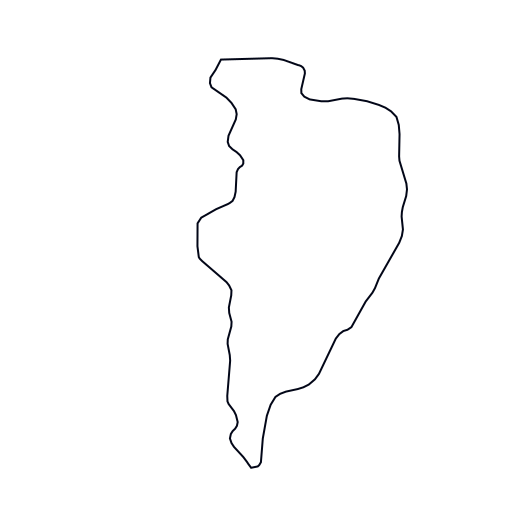 Guairá, Albers equal-area conic projection, rotated 117°
{"feature_id": "PRY-608", "entity_name": "Guairá", "entity_type": "Department", "adm_level": 1, "iso_a3": "PRY", "parent_name": "Paraguay", "parent_adm1": "", "projection": "albers", "projection_center": [-56.21, -25.878], "detail": "fine", "context": "isolated", "style": "outline", "palette": "ink", "viewbox_px": 512, "rotation_deg": 117, "n_neighbors": 0, "source": "natural_earth", "source_scale": "10m", "svg_char_len": 1628}
<svg xmlns="http://www.w3.org/2000/svg" viewBox="0 0 512 512"><g transform="rotate(117 256 256)"><path d="M179.2,134.4L220.3,136.3L230.6,135.4L235.9,135.6L246.7,137.6L276.1,138.7L280.2,141.0L283.2,144.1L287.7,146.3L293.3,147.4L332.4,146.4L339.1,147.5L346.6,150.6L351.5,154.2L355.6,158.4L363.2,167.7L367.8,171.9L372.7,174.7L381.9,175.4L393.4,173.8L415.5,167.1L437.5,158.0L440.8,158.2L442.7,158.9L446.9,164.2L444.7,168.6L443.7,170.3L440.9,176.0L436.1,188.9L433.8,192.9L430.4,196.4L426.0,197.6L422.6,197.3L419.4,196.2L416.0,195.9L412.3,196.9L406.9,201.6L404.2,205.2L400.3,213.2L398.5,215.4L393.7,218.1L361.0,231.5L356.2,234.4L347.2,241.4L343.1,243.3L330.0,246.0L325.7,247.9L318.9,254.0L314.2,256.8L302.3,260.2L297.7,262.3L294.5,266.5L292.7,270.3L285.0,301.6L283.9,304.9L283.5,305.6L282.9,306.5L273.9,312.6L253.4,322.9L246.7,322.2L232.3,312.7L222.3,304.5L220.6,303.4L217.6,301.9L213.3,301.9L208.0,303.3L190.1,311.3L186.7,311.5L184.2,310.8L181.8,309.4L179.4,309.3L176.4,310.8L173.5,315.9L172.2,320.5L171.6,325.4L170.2,329.9L167.2,333.0L161.3,335.1L143.5,336.0L138.4,337.6L134.5,340.7L130.7,347.4L128.3,354.3L125.9,372.2L122.9,375.5L117.7,377.6L108.6,376.5L96.9,376.4L72.5,331.6L70.4,326.3L68.8,320.5L66.8,305.1L66.5,304.2L66.3,302.0L66.8,299.5L68.8,296.7L71.2,295.3L86.8,291.4L90.3,289.5L92.1,285.3L92.1,279.3L88.5,268.1L85.4,262.0L76.7,250.8L74.0,246.2L71.5,240.0L67.7,227.4L65.6,215.1L65.1,208.0L65.8,201.3L68.3,194.0L74.4,188.3L82.3,183.4L102.3,173.7L106.0,171.4L123.2,154.9L128.1,151.7L134.4,149.4L145.8,147.4L150.5,146.0L154.7,144.2L165.7,137.1L172.0,135.1L179.2,134.4Z" fill="none" stroke="#020617" stroke-width="2"/></g></svg>